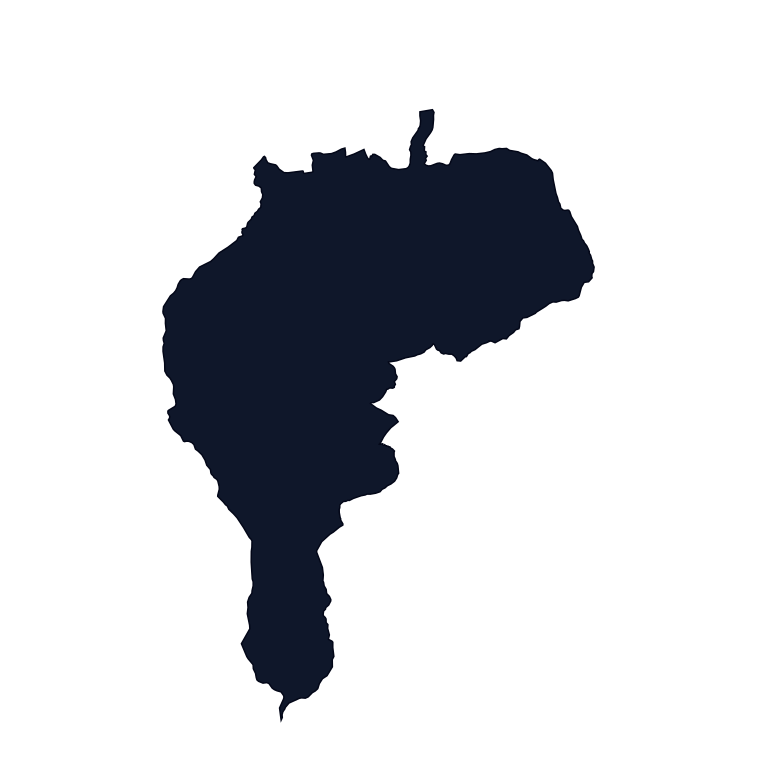 the district of Ciucea, Cluj, Romania, rotated 334°
{"feature_id": "2599482B63586839383412", "entity_name": "Ciucea", "entity_type": "district", "adm_level": 2, "iso_a3": "ROU", "parent_name": "Romania", "parent_adm1": "Cluj", "projection": "equal_earth", "projection_center": [22.834, 46.944], "detail": "fine", "context": "isolated", "style": "filled", "palette": "ink", "viewbox_px": 768, "rotation_deg": 334, "n_neighbors": 0, "source": "geoboundaries", "source_scale": "gbopen_adm2", "svg_char_len": 6171}
<svg xmlns="http://www.w3.org/2000/svg" viewBox="0 0 768 768"><g transform="rotate(334 384 384)"><path d="M617.6,379.8L618.0,378.2L619.4,375.9L621.5,374.9L624.1,371.0L624.3,367.2L625.4,364.8L625.3,363.2L626.1,358.9L625.8,356.3L626.6,354.9L626.8,351.9L626.8,348.7L626.0,345.0L626.1,342.9L625.4,340.6L626.0,336.6L626.2,331.0L626.9,327.2L625.8,315.7L626.5,310.6L626.2,308.9L625.6,308.3L622.6,307.3L621.3,306.3L620.0,303.5L621.0,299.3L620.7,296.7L621.6,292.7L622.1,288.1L625.7,274.3L627.9,268.3L627.9,265.4L625.9,256.3L622.5,250.2L621.7,250.1L620.2,250.8L616.9,247.8L615.6,246.2L612.8,240.8L608.1,236.4L606.3,234.1L599.3,229.1L597.4,226.0L593.2,224.3L590.8,222.8L586.4,221.8L581.6,221.8L575.9,220.5L567.8,217.6L561.6,214.3L552.8,211.2L548.8,208.5L547.5,208.8L543.0,212.0L539.9,214.9L538.0,215.6L535.6,214.6L533.2,211.7L530.7,209.7L528.5,209.0L521.8,208.4L519.5,207.5L517.6,205.7L516.8,203.9L517.2,203.3L520.0,201.5L520.3,199.3L522.7,198.1L522.2,196.0L523.5,193.7L522.6,192.7L522.6,191.8L524.5,188.5L523.6,187.1L523.8,186.7L529.3,182.1L536.2,178.4L538.7,176.7L540.4,174.8L544.5,168.0L546.3,164.1L548.0,161.8L547.8,158.7L535.6,155.1L533.8,158.8L532.3,163.5L530.0,167.3L528.6,168.7L526.8,169.6L525.9,170.9L517.8,175.3L514.6,178.1L513.5,181.1L512.2,181.9L509.7,184.6L509.8,187.2L508.5,190.2L506.2,193.4L504.4,197.0L502.0,199.3L500.4,200.0L498.4,200.2L491.1,197.7L485.2,193.4L484.0,191.0L483.1,184.2L481.0,182.3L479.9,178.7L476.4,173.6L474.6,172.7L472.6,174.2L472.4,173.4L471.7,173.3L469.7,175.7L468.8,175.4L468.3,173.5L468.3,169.3L468.8,164.4L457.9,164.2L449.4,163.3L449.4,162.3L451.0,158.8L452.3,154.8L448.7,154.2L442.6,154.4L437.8,153.9L430.2,151.0L428.2,148.6L426.9,147.8L421.8,145.8L420.1,145.5L419.1,146.5L418.6,152.0L415.5,155.8L413.3,162.0L412.1,162.1L404.7,159.8L404.2,158.9L404.6,157.3L404.1,156.8L390.3,152.1L386.8,150.2L383.9,144.9L383.3,141.1L382.7,139.6L378.3,136.1L376.5,134.2L376.3,130.7L376.8,128.6L376.3,127.0L375.3,127.0L372.0,128.8L361.8,132.5L361.6,133.4L362.3,135.0L359.4,138.7L360.0,141.5L357.1,143.9L355.9,145.5L355.3,146.9L355.7,149.0L358.3,151.3L359.6,154.0L358.2,157.6L358.1,160.6L356.2,163.5L352.7,166.0L352.5,168.2L350.6,171.3L348.0,171.9L345.9,173.3L342.9,173.9L340.9,175.8L338.7,176.0L336.8,177.8L333.0,179.0L331.9,179.7L329.5,182.7L328.0,183.1L324.9,182.4L324.2,182.9L324.1,183.9L322.9,185.1L322.6,186.2L322.8,187.8L321.9,188.8L317.5,188.3L314.6,190.5L303.7,192.7L293.2,193.9L285.8,196.8L281.9,197.9L269.5,198.0L263.9,200.4L259.1,203.9L257.3,204.8L255.1,204.4L249.9,201.4L247.6,201.5L246.0,202.0L242.7,204.2L240.4,206.7L237.7,208.8L234.6,210.2L230.7,211.1L219.8,217.8L217.1,221.9L216.5,223.5L216.4,229.2L214.1,233.7L211.6,240.7L205.7,245.9L204.8,248.2L204.3,251.1L201.7,253.8L199.7,257.8L196.1,268.9L192.7,276.3L192.8,280.9L194.2,284.8L194.5,287.6L194.5,292.1L193.8,294.3L190.3,300.6L189.8,306.5L188.3,310.9L186.5,312.5L178.8,313.2L177.9,313.6L177.0,315.5L177.3,317.9L177.1,319.6L176.2,320.7L174.5,321.8L174.8,332.3L175.4,334.3L178.7,341.3L178.7,347.4L179.4,348.3L181.6,348.9L183.5,350.0L185.6,352.4L186.6,355.1L186.0,359.9L187.5,362.8L189.3,367.7L189.8,373.9L189.1,379.3L190.5,384.8L189.4,388.1L189.4,389.5L190.2,391.8L190.3,393.5L192.0,396.5L192.1,398.5L190.9,403.9L189.8,406.4L185.9,411.0L185.3,412.1L187.9,419.7L188.6,423.0L189.7,425.0L189.6,428.6L191.8,434.5L193.3,439.8L194.8,451.2L195.7,462.9L196.5,465.4L196.6,467.1L193.7,472.8L191.4,476.2L186.6,485.8L180.1,501.5L179.7,504.4L177.9,508.1L174.9,511.8L173.5,514.2L169.3,516.6L165.8,520.2L163.8,525.3L160.4,530.6L157.5,541.8L156.1,545.2L142.0,554.9L141.2,568.9L141.5,571.6L143.3,578.9L141.7,582.7L141.7,587.7L140.5,591.8L140.1,594.3L140.9,596.2L144.1,599.8L147.7,601.0L149.3,602.7L150.2,608.3L151.5,610.7L153.4,612.9L156.5,615.6L157.2,620.1L156.8,621.6L155.6,623.1L148.1,629.4L144.2,641.0L146.4,639.2L147.4,636.6L149.4,634.3L152.5,632.5L153.4,631.5L158.7,629.1L170.2,629.4L172.2,629.9L175.6,631.9L178.7,632.0L184.3,630.0L187.5,629.8L190.9,628.8L194.5,625.0L199.5,621.9L204.9,621.2L213.6,615.6L216.7,609.0L219.5,606.9L222.4,598.5L224.8,593.6L224.5,592.3L222.1,589.1L224.9,585.6L226.2,579.0L228.1,575.7L227.4,573.1L228.9,569.8L228.8,568.0L228.0,565.9L228.3,564.4L230.2,561.6L232.6,560.8L233.7,559.4L237.4,558.4L241.0,555.7L241.7,554.4L241.8,550.9L240.6,547.2L242.0,543.2L241.7,539.2L242.8,535.6L242.7,534.3L245.7,529.1L248.2,521.9L249.7,505.8L250.4,504.3L258.9,498.4L269.6,495.3L273.5,494.9L281.1,493.1L285.1,492.8L285.7,491.8L285.4,487.3L286.0,486.2L286.0,485.0L287.4,480.0L288.7,477.2L290.0,475.8L291.3,473.3L292.8,472.6L296.0,471.8L298.3,472.7L300.4,472.7L301.9,473.5L306.3,473.4L314.5,474.4L318.6,475.5L320.4,475.5L323.4,477.0L328.6,478.5L333.2,479.1L336.1,477.8L339.4,477.8L342.5,476.9L346.4,476.9L350.9,476.0L354.2,474.0L356.6,471.4L358.0,470.7L360.7,463.5L361.1,461.1L360.7,458.0L361.1,456.8L361.3,453.5L363.1,449.8L364.0,448.9L363.1,446.1L362.1,444.8L361.7,443.0L360.7,442.6L360.5,441.8L359.5,441.4L359.4,440.7L358.5,440.3L358.0,438.8L356.8,439.0L356.1,437.6L356.6,437.2L356.4,437.0L354.0,436.6L353.4,436.0L355.3,435.2L360.4,431.4L364.7,429.0L370.9,426.3L380.2,424.1L379.6,419.2L378.4,416.3L374.6,413.6L370.0,406.3L366.7,402.3L363.2,395.6L364.1,395.0L366.7,396.2L372.9,396.4L377.2,394.8L382.1,391.8L384.0,390.0L385.3,390.3L387.3,390.0L390.1,391.6L391.8,391.5L392.4,390.4L394.1,389.3L394.3,386.4L397.7,384.9L399.0,383.2L398.8,379.9L400.4,375.5L400.4,374.1L400.0,372.1L397.4,367.7L397.6,366.2L405.6,368.7L414.9,369.9L424.0,372.3L426.8,372.3L430.2,373.0L434.0,372.9L436.6,371.6L441.2,371.4L444.1,370.5L445.9,369.4L446.6,370.8L446.5,375.6L447.1,377.0L448.6,378.4L449.0,381.1L450.8,383.2L452.7,383.5L455.0,385.4L458.1,387.0L459.6,389.9L460.2,392.6L459.9,395.1L463.0,397.0L468.9,395.1L470.1,395.5L473.1,393.5L474.8,393.6L476.9,392.9L480.8,393.0L489.4,391.1L494.1,391.8L497.4,391.9L497.4,391.4L499.5,392.7L501.9,395.6L510.7,395.2L513.8,397.1L517.6,395.3L523.1,394.4L526.0,393.0L529.5,393.5L531.1,391.6L533.6,387.4L537.8,385.5L541.7,386.8L551.0,386.8L552.5,386.2L563.5,385.0L567.6,384.1L571.7,384.2L574.7,385.9L580.2,386.8L582.9,387.9L586.0,390.0L593.4,391.1L596.8,391.1L598.1,390.2L603.8,383.6L608.5,380.4L612.7,381.8L617.6,379.8Z" fill="#0f172a" stroke="#020617" stroke-width="1.5"/></g></svg>